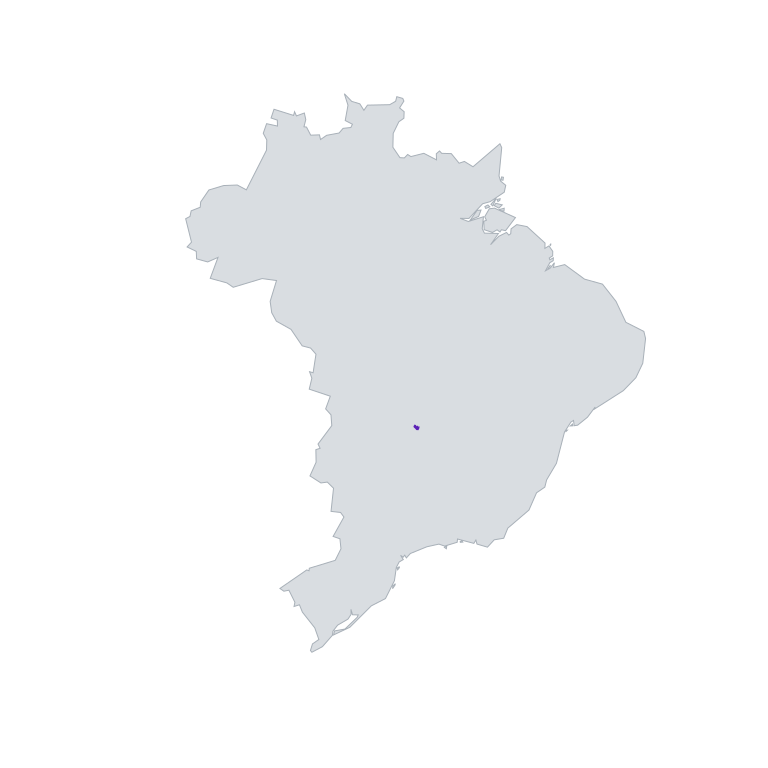 Moiporá, Goiás, Brazil shown in context, rotated 18°
{"feature_id": "56859067B10398357530750", "entity_name": "Moiporá", "entity_type": "district", "adm_level": 2, "iso_a3": "BRA", "parent_name": "Brazil", "parent_adm1": "Goiás", "projection": "natural_earth1", "projection_center": [-50.773, -16.509], "detail": "fine", "context": "in_parent", "style": "filled", "palette": "violet", "viewbox_px": 768, "rotation_deg": 18, "n_neighbors": 0, "source": "geoboundaries", "source_scale": "gbopen_adm2", "svg_char_len": 4928}
<svg xmlns="http://www.w3.org/2000/svg" viewBox="0 0 768 768"><g transform="rotate(18 384 384)"><path d="M230.9,163.6L237.4,170.0L245.6,167.0L248.1,171.1L252.6,165.2L263.7,159.2L266.1,153.5L273.2,150.3L273.7,146.7L265.7,145.4L263.6,130.0L256.6,120.2L266.0,125.2L274.4,125.0L280.3,129.9L282.1,123.9L303.1,116.6L307.7,111.5L307.4,106.8L313.6,106.6L315.5,108.8L313.5,116.6L319.0,118.8L320.8,125.1L317.1,130.0L315.3,142.8L319.3,156.1L329.2,163.8L333.5,162.7L335.6,158.4L339.3,159.4L350.6,152.3L364.7,154.6L362.6,148.9L364.8,145.2L367.6,146.8L376.8,144.1L387.2,150.8L391.7,147.5L401.5,149.9L420.0,119.7L422.9,122.8L429.1,150.6L432.2,155.0L438.4,157.4L439.1,164.4L428.6,177.8L422.1,182.1L413.6,200.3L405.2,202.9L414.0,203.4L426.9,194.2L429.4,205.9L432.9,209.5L446.3,205.5L442.3,218.6L447.5,208.1L453.7,202.0L456.7,203.8L458.1,201.9L456.9,197.2L461.0,191.4L471.4,190.1L493.6,200.2L495.1,205.3L498.2,201.7L503.5,205.7L504.8,210.0L502.2,213.1L503.3,214.6L506.1,211.7L506.8,214.5L504.2,217.4L502.6,226.4L506.1,222.7L508.6,216.0L509.1,220.8L519.0,214.6L542.3,222.3L560.9,221.5L579.1,233.7L595.0,250.6L614.9,253.7L618.7,259.9L623.7,284.3L621.6,300.2L613.7,316.3L591.9,342.8L591.9,340.7L587.8,352.7L580.9,363.3L577.8,364.9L575.5,360.1L573.5,362.5L570.5,373.9L572.5,406.2L568.3,424.9L568.8,432.4L562.7,440.3L560.8,459.1L546.3,482.8L545.5,493.7L537.0,498.1L532.8,507.2L521.9,507.5L519.6,504.0L518.7,507.8L501.8,508.7L502.5,511.9L491.8,519.4L485.7,519.3L475.0,525.6L461.5,537.0L459.0,542.5L456.6,540.4L455.7,542.8L452.7,541.8L456.6,545.0L453.4,548.6L452.4,554.6L454.7,567.9L451.7,587.6L440.5,598.9L426.7,625.9L413.6,638.2L413.3,634.1L422.6,629.1L430.6,614.2L430.8,611.6L425.4,613.2L422.2,608.5L423.9,613.2L422.4,618.7L414.4,627.7L411.8,634.9L412.6,638.9L406.6,652.8L398.3,661.4L396.4,660.2L396.3,653.3L401.0,647.1L393.5,637.3L376.9,626.2L371.8,620.1L367.2,623.4L366.7,619.1L357.3,609.5L352.8,612.0L348.2,610.6L368.0,584.7L370.4,584.8L369.9,582.3L392.1,566.8L394.0,554.0L389.9,544.8L382.7,544.7L387.0,522.9L382.4,519.6L373.0,521.5L368.2,498.7L360.4,494.8L354.6,497.6L342.0,494.3L343.6,479.4L339.5,467.5L343.1,464.9L339.8,461.5L347.2,439.7L343.1,429.7L336.2,425.7L336.7,412.2L314.5,412.0L313.6,400.8L309.4,395.3L313.1,395.2L310.1,376.7L303.1,372.5L294.4,373.0L278.7,360.8L262.2,357.5L255.2,350.9L250.2,340.6L249.8,318.8L235.5,321.4L210.7,338.6L203.3,336.4L186.1,337.2L187.0,314.9L178.6,322.4L167.1,322.9L164.5,315.9L154.4,314.5L157.1,308.6L144.3,288.1L147.7,284.6L147.1,278.9L154.6,272.7L153.4,267.5L157.5,253.6L170.2,244.8L183.0,240.1L193.1,241.9L200.0,197.9L197.1,188.1L191.7,182.9L191.9,172.7L203.0,171.6L201.0,166.0L194.4,165.9L194.5,156.7L215.0,156.5L214.8,152.7L217.9,156.1L224.5,150.9L227.9,156.7L228.4,164.1L230.9,163.6ZM434.8,182.6L457.6,185.1L452.2,200.6L448.0,201.0L447.3,203.6L443.9,202.4L440.3,206.3L431.6,206.3L428.6,198.5L430.8,196.6L428.1,193.8L430.0,184.8L434.8,182.6ZM415.4,201.3L418.9,190.1L422.5,188.6L422.2,195.4L415.4,201.3ZM441.1,177.1L438.9,181.2L433.7,180.3L434.5,177.6L441.1,177.1ZM433.3,172.5L432.4,181.0L430.2,180.1L433.3,172.5ZM444.7,182.5L441.4,183.0L440.0,182.3L444.0,179.7L444.7,182.5ZM429.9,182.8L426.5,185.6L425.1,184.1L427.5,181.6L429.9,182.8ZM436.0,175.3L434.4,173.6L437.2,171.9L437.4,173.5L436.0,175.3ZM434.2,153.4L432.3,153.8L431.9,150.7L433.7,150.5L434.2,153.4ZM455.4,576.0L454.8,573.3L456.3,570.8L456.7,571.5L455.4,576.0ZM493.7,518.3L494.2,521.4L491.9,520.7L493.7,518.3ZM454.4,556.5L453.4,554.9L454.9,553.2L455.4,553.9L454.4,556.5ZM505.5,220.8L504.1,224.0L505.5,219.5L505.5,220.8ZM576.5,365.4L574.2,366.3L575.7,363.8L576.5,365.4ZM507.8,510.0L505.5,511.0L505.1,510.4L506.5,509.0L507.8,510.0ZM572.7,371.2L571.8,372.9L571.3,371.8L572.7,371.2ZM499.4,198.9L499.6,200.7L498.9,200.4L499.4,198.9Z" fill="#d9dde1" stroke="#a8b0b8" stroke-width="1"/><path d="M430.5,415.4L430.4,415.3L430.4,415.2L430.3,415.3L430.2,415.4L430.2,415.2L430.1,415.3L430.0,415.5L430.0,415.4L429.9,415.4L430.0,415.3L429.9,415.2L429.8,414.9L429.8,414.7L429.7,414.6L429.5,414.4L429.6,414.2L429.5,413.9L429.5,414.0L429.4,414.1L429.2,414.1L429.2,414.3L429.2,414.5L428.9,414.5L428.7,414.6L428.5,414.8L428.4,415.0L428.4,415.3L428.2,415.4L428.1,415.2L427.9,415.0L427.8,414.9L427.7,414.9L427.6,415.0L427.6,414.9L427.5,414.7L427.4,414.7L427.4,414.4L427.2,414.3L427.0,414.2L426.9,414.1L426.7,414.0L426.6,413.9L426.4,413.9L426.2,413.9L426.2,414.0L426.1,414.3L426.0,414.5L425.9,414.8L425.9,415.0L426.0,415.3L426.3,415.4L426.4,415.5L426.5,415.5L426.8,415.7L427.0,415.7L427.2,415.4L427.3,415.4L427.3,415.2L427.4,415.3L427.5,415.4L427.6,415.5L427.7,415.4L427.8,415.4L427.9,415.5L428.0,415.6L428.1,415.8L428.1,416.0L427.9,416.2L428.0,416.3L428.2,416.5L428.3,416.5L428.5,416.5L428.8,416.5L429.0,416.6L429.1,416.8L429.2,417.0L429.3,417.0L429.5,417.0L429.7,416.9L429.8,416.8L429.8,416.7L430.0,416.6L430.3,416.6L430.3,416.4L430.4,416.2L430.4,415.9L430.4,415.7L430.5,415.6L430.5,415.4L430.5,415.4Z" fill="#8b5cf6" stroke="#5b21b6" stroke-width="1.5"/></g></svg>